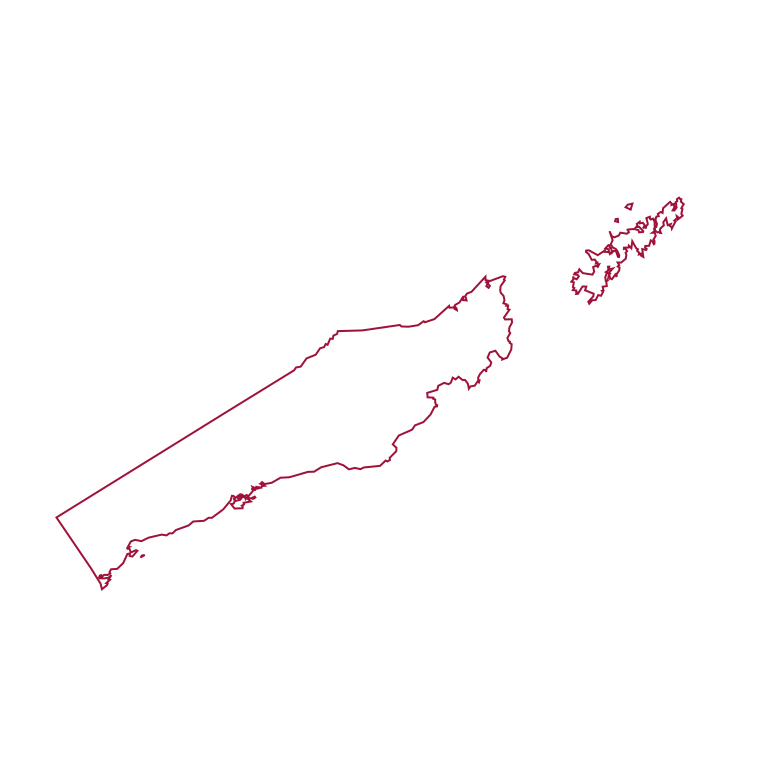 the district of Ushuaia, Tierra del Fuego, Argentina, rotated 330°
{"feature_id": "61730980B87507155551581", "entity_name": "Ushuaia", "entity_type": "district", "adm_level": 2, "iso_a3": "ARG", "parent_name": "Argentina", "parent_adm1": "Tierra del Fuego", "projection": "albers", "projection_center": [-65.54, -54.787], "detail": "fine", "context": "isolated", "style": "outline", "palette": "rose", "viewbox_px": 768, "rotation_deg": 330, "n_neighbors": 0, "source": "geoboundaries", "source_scale": "gbopen_adm2", "svg_char_len": 6129}
<svg xmlns="http://www.w3.org/2000/svg" viewBox="0 0 768 768"><g transform="rotate(330 384 384)"><path d="M33.6,335.8L38.1,396.9L38.7,415.3L37.1,420.7L43.6,419.7L44.9,418.6L43.9,417.6L48.7,416.5L47.7,415.6L52.4,413.2L48.6,414.0L44.5,412.5L41.3,410.5L42.6,410.2L40.8,408.9L42.2,407.8L43.4,408.1L42.6,409.7L46.4,409.4L49.1,411.2L52.3,411.1L52.3,409.6L55.0,408.0L60.5,410.7L68.6,408.7L76.8,402.9L79.3,403.7L77.7,405.7L79.8,407.6L87.0,405.2L86.2,403.9L80.5,403.3L81.2,399.2L78.8,398.2L81.7,397.9L80.4,397.2L86.1,393.8L90.5,394.5L95.3,398.8L103.4,399.4L116.2,403.3L120.0,406.4L123.4,406.0L126.2,407.6L130.8,406.4L144.1,408.8L150.1,407.7L159.7,412.5L165.2,412.2L168.0,413.8L182.1,412.2L192.9,408.2L196.4,404.8L197.7,405.7L198.0,408.1L196.6,408.4L196.4,410.1L198.0,408.2L204.4,407.6L206.1,409.2L205.3,410.8L205.9,411.5L209.5,411.4L210.5,413.4L217.7,410.8L220.3,411.5L216.6,408.7L220.2,409.5L218.5,408.5L218.6,407.3L221.6,411.2L224.0,411.8L221.3,408.6L226.0,412.5L228.2,410.2L227.0,408.6L229.4,408.0L230.4,410.6L227.8,409.5L228.4,410.4L228.1,411.7L229.8,412.5L228.9,410.4L237.4,413.4L247.5,413.4L255.3,417.4L274.3,422.1L279.6,425.0L288.0,424.7L304.2,429.3L308.2,434.1L311.0,440.4L316.8,442.1L321.1,446.0L324.8,446.2L339.6,452.9L347.2,451.1L348.2,452.8L351.1,452.8L352.0,450.8L361.1,448.3L362.9,445.5L361.4,440.7L371.1,436.0L385.6,437.6L390.2,435.3L399.1,436.7L409.1,433.7L416.4,429.0L418.7,429.9L419.5,428.9L418.7,428.0L419.0,425.9L420.6,423.0L419.2,421.3L419.9,420.5L415.1,417.3L417.0,413.3L427.2,415.7L430.1,412.7L436.6,413.1L439.9,416.5L442.7,416.2L446.7,412.9L448.3,415.8L452.2,415.0L454.0,419.7L456.2,421.1L456.8,425.5L455.2,430.5L457.6,429.3L461.8,430.8L466.5,428.5L467.0,430.1L468.6,428.6L467.7,427.8L468.6,425.7L471.8,423.5L477.5,421.6L479.0,422.8L478.5,424.7L480.7,421.7L485.2,421.3L487.7,418.9L486.9,412.9L491.4,409.6L497.1,410.9L497.8,418.1L499.4,420.9L498.6,421.9L503.8,422.8L511.5,417.7L514.5,413.3L513.4,411.2L514.2,410.3L513.3,409.1L513.9,405.8L518.8,403.0L518.6,400.9L520.9,397.7L525.6,394.8L527.0,391.8L521.1,388.6L521.1,386.4L529.8,382.4L528.5,380.9L530.7,378.1L529.0,377.3L530.0,376.3L527.8,373.8L530.3,371.6L531.6,367.4L530.7,363.5L531.4,361.1L533.9,357.6L540.4,354.6L540.0,353.6L542.6,351.8L540.9,350.1L525.5,347.5L524.1,349.3L524.8,351.9L522.6,353.0L521.6,350.4L524.0,349.0L523.3,347.1L525.6,346.3L523.9,344.8L525.5,341.8L505.9,347.9L501.1,347.2L498.4,348.4L497.3,352.9L494.4,350.9L496.9,347.6L490.1,351.1L485.2,351.1L484.0,351.8L484.6,355.0L484.0,356.5L482.6,354.0L483.6,353.0L478.9,350.7L479.4,348.9L460.1,353.0L450.3,351.0L449.8,349.5L442.8,350.1L433.8,346.6L427.9,342.9L427.2,340.8L391.9,326.7L370.4,315.1L368.4,317.2L364.4,316.8L362.2,319.3L360.1,317.8L354.7,321.9L353.5,320.2L350.5,322.1L346.5,321.1L339.5,324.5L329.7,323.1L320.6,327.3L316.0,325.7L313.0,327.2L232.6,329.5L33.6,335.8ZM656.9,372.2L655.2,370.1L655.7,364.4L653.9,373.8L650.1,376.5L650.4,380.0L652.3,383.1L651.6,384.8L652.6,385.0L652.1,390.2L651.0,391.5L650.2,390.9L651.3,384.9L649.4,383.5L647.1,384.3L648.5,380.3L647.8,378.5L648.6,376.6L647.8,375.9L643.4,377.3L646.0,379.7L644.7,382.0L645.7,383.8L644.6,384.3L644.8,382.2L640.8,379.6L641.8,378.8L633.5,379.3L628.3,370.7L625.7,369.5L625.0,370.7L626.2,373.7L626.0,380.4L628.8,381.6L629.0,384.6L628.0,385.4L629.6,385.7L628.9,387.5L630.2,387.9L627.7,389.5L627.0,387.7L623.6,387.3L622.2,391.8L619.2,393.5L611.6,387.4L610.5,382.3L608.0,384.3L604.8,383.2L603.5,384.1L606.3,386.4L606.5,388.3L603.2,389.6L601.3,387.1L601.6,385.4L600.2,388.1L597.4,389.1L599.2,390.9L596.1,394.6L596.8,396.0L594.5,397.1L597.2,399.1L596.3,400.8L597.2,401.3L595.6,402.2L597.0,402.9L604.7,398.8L607.9,400.8L605.0,403.4L610.7,410.6L609.2,412.7L602.1,414.9L601.9,417.1L606.2,415.6L609.3,417.1L614.0,414.1L616.1,416.1L619.7,413.8L619.4,412.3L620.9,412.7L622.0,409.1L625.9,410.6L627.7,406.4L629.3,406.1L627.7,405.4L629.0,402.1L632.9,398.9L632.2,398.0L635.1,397.8L636.7,394.4L637.8,395.0L635.9,397.4L639.8,398.4L633.7,400.5L634.8,401.5L632.8,402.5L631.4,404.1L633.2,403.7L632.7,405.7L633.8,407.2L639.1,404.8L638.9,407.6L640.5,405.1L644.3,403.4L646.2,401.0L645.2,399.1L647.1,398.7L647.1,395.6L650.0,397.4L655.9,396.4L658.4,393.5L658.9,391.1L661.0,390.5L660.7,387.4L659.3,387.0L660.0,385.9L664.0,388.1L665.2,386.6L666.1,390.1L670.4,384.5L670.3,392.7L671.3,394.3L669.8,395.2L670.7,398.0L669.5,399.2L671.7,399.7L670.7,401.1L672.1,403.6L675.1,396.3L678.1,399.0L679.0,398.4L678.4,396.3L679.3,395.1L682.7,396.9L686.8,393.0L687.8,394.8L687.6,397.9L688.3,397.8L689.8,395.4L689.6,393.6L693.4,391.6L694.1,388.3L692.1,387.2L694.6,387.0L695.6,384.5L696.5,384.5L695.5,386.7L696.6,389.5L699.3,390.2L698.6,391.2L699.3,391.7L699.5,389.2L701.1,387.5L705.7,386.5L706.7,383.6L711.1,381.6L709.1,388.3L712.3,388.9L710.6,390.1L711.5,391.8L711.0,393.3L717.8,388.9L717.1,387.6L720.9,386.8L721.5,385.0L722.3,387.1L720.9,388.4L726.8,387.6L726.6,385.3L730.0,381.6L729.4,380.4L733.5,378.1L732.3,374.5L734.4,372.1L733.1,372.6L732.7,370.2L730.1,370.4L729.3,372.4L727.6,372.3L725.6,377.5L722.2,378.9L720.8,378.0L724.3,375.9L724.2,374.2L725.8,373.1L722.4,372.7L723.3,371.4L722.8,369.3L713.6,371.3L710.8,375.1L709.8,373.4L706.2,373.6L705.8,376.0L703.6,375.2L701.1,377.7L700.4,381.9L698.3,384.1L697.1,383.1L700.2,377.4L699.5,377.8L699.6,375.2L697.4,375.0L697.0,373.9L697.9,372.1L694.2,371.5L692.5,377.4L689.3,378.7L688.8,380.5L688.8,378.5L686.2,378.7L689.2,376.8L688.8,373.8L686.0,372.9L686.6,371.3L683.0,371.8L682.6,374.3L682.0,373.7L680.7,374.2L683.6,375.5L685.0,381.3L684.4,381.9L680.7,380.2L681.3,378.0L678.2,374.9L673.3,372.5L672.1,372.2L672.0,375.0L669.5,375.3L664.3,371.1L661.6,372.8L656.9,372.2ZM196.3,410.8L193.8,412.4L191.5,411.5L192.3,417.1L199.4,420.9L200.5,419.3L200.1,418.3L202.6,418.3L203.0,416.7L210.0,419.2L208.8,416.0L210.8,416.1L209.2,413.6L206.7,414.4L207.2,412.9L205.0,411.0L201.5,412.4L196.3,410.8ZM689.3,352.0L684.8,350.6L681.6,351.7L684.8,356.3L689.3,352.0ZM201.7,408.6L200.4,409.6L201.8,411.4L205.1,410.2L201.7,408.6ZM667.1,357.0L665.5,358.6L667.7,360.7L669.1,357.9L667.1,357.0ZM91.3,412.5L88.7,411.5L86.3,412.5L91.3,412.5ZM211.8,416.6L213.2,418.0L215.8,418.0L215.7,416.9L211.8,416.6Z" fill="none" stroke="#9f1239" stroke-width="2"/></g></svg>